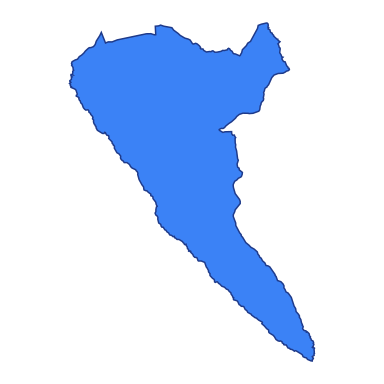 Água Clara, Mato Grosso do Sul, Brazil
{"feature_id": "56859067B67958328223895", "entity_name": "Água Clara", "entity_type": "district", "adm_level": 2, "iso_a3": "BRA", "parent_name": "Brazil", "parent_adm1": "Mato Grosso do Sul", "projection": "albers", "projection_center": [-52.844, -20.147], "detail": "fine", "context": "isolated", "style": "filled", "palette": "blue", "viewbox_px": 384, "rotation_deg": 0, "n_neighbors": 0, "source": "geoboundaries", "source_scale": "gbopen_adm2", "svg_char_len": 5896}
<svg xmlns="http://www.w3.org/2000/svg" viewBox="0 0 384 384"><path d="M267.9,23.7L267.0,23.0L266.0,23.1L261.3,24.2L258.2,25.4L257.5,28.5L250.5,41.4L247.7,43.2L246.4,45.6L242.4,49.7L241.6,52.9L240.6,54.4L240.4,55.2L239.7,55.8L235.5,54.0L233.7,53.7L233.1,53.2L232.1,51.3L230.5,50.3L229.7,48.9L228.6,48.3L227.7,48.9L227.3,49.8L224.4,50.5L222.6,50.4L221.2,51.3L216.9,52.2L214.8,52.2L212.9,50.8L211.8,51.1L211.0,51.7L209.6,51.5L206.4,52.0L203.7,50.4L203.0,49.0L200.9,48.9L200.3,48.2L200.6,47.5L199.5,45.9L197.3,44.0L195.7,43.3L193.5,44.0L192.5,43.7L190.1,40.0L188.3,39.1L184.8,38.1L180.2,35.4L178.2,33.5L173.6,30.1L171.9,27.7L163.8,26.2L160.6,25.1L158.6,25.9L155.3,26.2L155.7,34.7L154.4,34.8L150.9,33.7L146.3,33.8L117.2,39.9L112.1,41.9L108.2,41.9L105.5,43.0L101.3,32.4L99.8,35.6L96.3,41.1L95.2,44.5L93.5,46.6L91.0,47.6L89.2,47.7L88.0,48.6L85.4,51.0L83.8,53.1L81.5,55.2L79.3,56.6L77.5,59.2L75.1,60.0L72.1,61.7L71.5,63.5L72.0,64.5L71.6,65.2L73.0,67.4L73.2,69.6L73.7,70.2L72.7,71.3L72.8,72.8L72.2,74.3L72.8,74.9L71.0,74.6L70.9,75.5L71.2,76.2L72.1,76.9L71.4,77.3L71.4,79.4L69.8,80.7L69.9,81.6L70.5,81.7L70.9,82.4L69.5,83.5L70.5,84.5L70.3,85.3L70.7,86.3L71.4,86.6L71.0,87.4L74.3,88.8L75.3,89.4L76.0,90.2L77.3,94.1L77.0,94.8L76.3,95.3L76.3,96.2L77.6,96.7L79.0,97.9L78.8,98.7L79.5,100.4L80.1,100.7L80.8,102.9L82.1,104.2L83.3,107.6L84.6,109.2L85.8,110.1L87.9,109.8L88.7,110.6L89.0,112.3L90.5,113.4L90.7,114.4L92.5,116.4L92.9,117.4L92.5,118.8L93.6,120.0L93.5,121.9L94.1,123.9L94.7,124.4L95.3,125.9L95.9,126.3L96.2,128.1L97.4,130.3L102.4,133.4L104.0,133.5L104.8,132.3L105.5,132.7L105.8,133.7L107.0,135.3L108.6,135.6L109.0,137.7L108.7,138.5L112.0,141.8L112.2,143.4L113.4,144.6L113.4,145.3L114.1,145.7L114.5,146.6L114.3,148.1L116.9,152.7L119.0,153.9L120.7,156.1L120.5,158.0L121.0,159.2L122.2,160.5L123.1,160.9L124.2,162.6L127.0,162.6L129.5,164.5L130.6,166.6L132.0,168.0L135.6,169.7L136.4,171.0L137.2,171.6L137.9,173.3L137.7,174.5L139.1,179.6L142.0,184.9L143.5,186.8L144.0,189.9L146.1,190.8L146.8,190.7L148.3,192.3L150.8,194.1L150.8,195.7L152.3,196.3L152.9,196.9L153.0,198.6L155.7,202.1L156.3,204.7L157.2,206.3L156.4,207.0L155.9,209.5L155.9,211.6L155.1,213.1L155.8,215.0L156.8,215.6L157.9,217.3L157.8,219.2L158.7,223.0L160.7,224.3L161.2,226.3L161.8,227.1L163.3,227.3L164.8,229.8L166.0,230.3L166.9,231.8L168.6,232.9L169.7,234.9L171.6,235.4L173.1,236.7L174.3,236.4L174.7,237.8L175.5,238.0L177.0,239.4L179.1,239.5L182.5,241.6L183.2,242.7L183.9,243.2L184.5,244.5L186.1,244.3L186.0,245.2L187.2,246.8L187.5,248.7L188.3,249.2L188.7,250.4L188.6,251.1L189.2,251.4L189.7,250.9L190.7,251.3L190.8,252.4L192.8,254.4L193.5,256.1L194.7,257.3L196.3,257.5L197.1,258.0L198.0,260.6L198.5,261.0L201.3,261.0L204.7,262.4L206.3,267.0L207.0,267.8L208.5,270.6L208.5,271.8L210.0,273.7L209.9,275.1L210.3,275.9L212.6,278.4L213.8,279.1L214.4,280.0L214.6,281.9L215.3,282.4L216.8,281.8L217.5,281.9L218.7,283.5L219.5,283.8L221.8,286.2L224.5,287.2L226.4,289.1L227.9,289.6L229.3,291.5L230.8,292.7L231.2,294.3L232.3,295.7L232.9,297.3L233.7,297.8L233.3,298.9L233.7,299.8L237.0,300.8L237.7,301.5L239.1,304.6L240.1,305.1L241.3,306.3L243.2,306.4L243.9,306.8L245.2,309.5L246.8,310.6L247.8,312.4L251.3,314.3L251.6,315.1L255.1,317.7L256.7,318.2L257.1,318.8L258.8,320.2L262.1,322.0L262.4,322.7L261.8,323.7L264.3,325.9L266.7,328.7L268.5,329.9L268.8,332.2L269.3,332.9L273.2,335.3L274.4,336.7L276.0,339.5L278.1,340.9L279.6,341.2L280.3,340.9L281.9,341.6L282.3,343.0L283.7,343.8L283.7,344.6L284.6,344.9L286.3,345.0L287.9,347.9L289.7,348.4L290.2,349.2L292.3,349.6L294.4,351.2L295.2,350.7L296.2,350.9L301.6,354.2L302.3,354.8L303.1,356.7L304.8,357.5L306.5,357.9L307.5,359.4L311.0,360.9L312.3,361.0L312.4,359.5L313.1,359.0L313.4,358.2L312.7,357.5L312.3,356.6L314.1,355.4L314.0,353.9L314.5,353.3L314.2,352.7L314.3,351.3L314.0,349.7L314.5,348.2L313.6,347.5L313.0,347.8L312.3,347.3L313.2,346.2L313.9,344.2L313.2,343.5L313.6,342.4L312.9,340.9L311.4,340.2L311.0,338.8L310.1,337.8L310.5,336.9L309.4,335.5L309.3,334.0L308.6,333.1L307.2,331.8L306.4,332.1L306.3,331.2L305.8,330.8L304.1,330.5L302.8,329.0L302.6,328.4L303.2,326.8L302.9,326.0L302.3,325.4L302.4,324.7L301.5,322.8L300.8,319.5L299.3,317.1L299.5,316.1L298.6,314.4L296.1,311.6L295.6,308.5L294.1,306.1L291.3,297.4L288.2,293.1L286.0,291.9L285.0,289.4L283.9,287.8L284.0,285.9L283.1,284.0L280.9,281.7L277.5,280.5L276.1,276.5L275.2,275.5L275.0,274.4L269.7,266.8L267.9,265.8L266.0,265.5L264.9,262.9L262.5,260.8L261.2,258.2L259.8,257.3L259.2,255.7L257.9,254.1L257.3,251.9L254.2,249.1L250.8,247.2L249.1,245.3L245.8,242.6L242.7,237.4L241.3,235.8L241.1,234.5L239.7,232.9L235.8,225.5L235.7,223.0L233.3,216.6L233.3,214.7L234.7,211.8L235.2,209.8L240.2,203.6L240.2,201.3L239.5,199.4L235.2,193.6L233.5,187.8L233.2,185.8L233.3,184.3L234.7,181.3L236.9,179.9L238.3,178.3L240.9,177.0L241.5,176.3L242.2,174.3L242.4,172.4L239.3,169.9L239.1,168.2L237.7,167.3L237.3,165.5L237.1,164.0L238.3,160.2L237.6,158.8L236.6,150.9L235.5,147.2L235.7,144.7L235.2,142.9L235.1,138.4L235.7,137.6L234.7,136.3L234.4,135.1L232.7,135.2L231.7,133.7L231.6,131.6L225.0,131.8L222.9,132.4L219.4,130.3L219.2,129.5L221.2,128.4L223.0,128.5L224.5,127.6L225.9,125.9L229.0,123.4L231.5,121.8L235.5,118.2L236.7,116.5L239.3,114.4L242.9,113.2L248.3,113.3L249.0,113.6L253.0,113.3L258.8,111.2L259.7,109.8L260.2,106.0L261.0,104.4L261.0,103.5L261.6,102.2L263.3,100.4L263.7,98.8L263.3,97.9L264.0,94.2L263.6,92.5L264.3,91.0L264.8,88.9L265.3,88.0L266.9,87.1L267.2,86.3L268.6,84.7L271.8,77.6L274.1,75.0L278.1,73.5L283.1,73.2L285.4,72.0L286.3,71.2L288.2,70.7L289.4,69.7L289.0,68.3L288.1,68.0L287.9,67.0L286.7,65.8L285.1,61.8L283.5,61.5L281.9,59.0L282.0,58.3L283.0,57.2L281.7,56.8L281.2,55.1L279.7,52.7L280.2,48.8L279.9,47.8L279.3,47.5L278.4,44.4L277.9,43.9L280.0,41.7L278.1,40.4L277.8,39.2L276.9,39.1L273.7,36.1L273.7,35.4L272.3,34.0L272.2,33.2L270.6,32.4L269.8,29.7L268.1,28.9L268.7,27.5L267.9,27.1L268.3,25.2L267.9,23.7Z" fill="#3b82f6" stroke="#1e3a8a" stroke-width="1.5"/></svg>